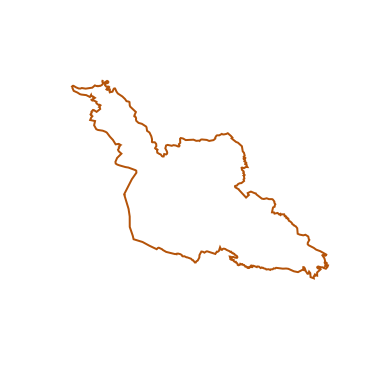 the district of Kudus, Jawa Tengah, Indonesia, rotated 117°
{"feature_id": "22746128B61967707401144", "entity_name": "Kudus", "entity_type": "district", "adm_level": 2, "iso_a3": "IDN", "parent_name": "Indonesia", "parent_adm1": "Jawa Tengah", "projection": "equal_earth", "projection_center": [110.867, -6.798], "detail": "fine", "context": "isolated", "style": "outline", "palette": "amber", "viewbox_px": 384, "rotation_deg": 117, "n_neighbors": 0, "source": "geoboundaries", "source_scale": "gbopen_adm2", "svg_char_len": 6064}
<svg xmlns="http://www.w3.org/2000/svg" viewBox="0 0 384 384"><g transform="rotate(117 192 192)"><path d="M132.7,322.4L133.9,322.2L134.5,321.9L135.0,321.3L135.4,320.9L135.6,320.3L137.8,321.0L139.4,322.2L139.5,322.9L140.5,323.8L140.5,324.6L141.0,325.3L141.1,326.9L144.3,328.2L148.2,333.7L149.4,337.4L150.5,338.4L151.2,339.9L151.4,342.8L151.2,345.8L151.6,346.5L152.3,346.7L152.3,346.3L153.5,345.9L155.6,343.3L155.4,339.2L155.7,336.3L155.4,334.8L153.7,330.2L153.7,326.1L151.3,326.0L152.2,325.2L151.9,324.0L152.2,323.5L151.9,323.5L152.2,321.3L155.5,323.3L155.8,322.3L155.1,321.2L155.0,318.0L156.0,317.8L156.4,317.2L156.9,314.3L156.2,313.9L156.3,312.9L158.4,313.3L158.3,312.7L159.7,311.5L163.9,313.4L163.6,316.6L164.0,316.7L164.0,317.5L165.5,317.9L166.4,318.0L166.7,317.4L168.8,317.6L168.9,316.8L169.4,316.8L169.7,315.2L171.6,315.6L174.1,315.4L172.8,310.6L177.0,309.5L179.5,305.8L179.4,303.9L177.9,299.4L177.6,296.2L177.8,294.7L180.0,290.2L181.5,286.1L184.2,281.7L182.4,279.1L182.5,277.0L183.6,277.7L184.3,277.1L185.3,277.6L186.0,277.0L188.0,277.1L189.0,275.7L189.9,272.3L195.7,274.2L199.9,273.9L201.3,272.9L201.5,271.0L201.2,268.7L200.0,262.6L199.1,259.8L198.2,252.1L198.4,251.3L200.1,250.3L207.9,251.4L224.2,251.4L225.2,251.0L225.4,250.8L225.2,249.5L225.5,250.8L235.8,240.9L242.1,236.4L251.4,231.6L257.9,224.9L260.6,222.6L259.0,213.4L259.2,205.5L259.0,197.5L257.4,197.0L256.7,196.3L256.6,192.6L256.9,191.8L257.1,187.8L255.0,178.8L254.4,178.1L254.4,177.4L253.8,177.4L253.2,176.5L252.7,174.2L252.8,172.6L253.5,171.6L253.5,170.9L252.7,169.6L252.7,167.2L252.4,166.7L251.9,162.5L252.6,160.6L252.3,160.1L253.5,157.4L253.1,156.7L252.0,156.7L250.4,155.8L247.1,155.7L244.8,156.7L240.8,156.6L240.3,155.2L240.4,153.4L238.4,152.2L237.9,151.2L236.6,143.1L233.9,142.8L233.7,142.0L232.3,141.3L228.5,141.9L230.2,139.7L229.9,139.0L228.7,138.7L228.0,137.9L227.7,136.5L227.9,134.7L227.7,131.6L227.9,130.9L227.6,130.3L227.9,130.2L227.7,129.7L228.1,129.0L227.7,128.2L228.2,127.5L227.9,126.2L228.5,125.5L228.6,123.1L229.4,122.0L230.3,122.1L231.0,124.1L231.1,125.7L231.7,126.6L232.4,126.9L232.1,128.0L232.4,129.0L233.6,127.9L233.4,127.4L233.6,127.1L234.4,127.2L234.5,126.4L233.6,126.1L233.7,125.5L234.2,125.0L233.7,124.0L234.6,123.5L234.8,122.3L234.3,121.3L234.9,120.9L234.8,120.1L235.3,118.9L236.2,118.2L236.2,117.4L235.7,116.8L234.9,116.6L234.6,115.8L234.0,116.1L233.9,115.2L233.4,114.4L233.8,113.7L233.4,112.4L233.9,111.6L233.8,110.4L234.2,110.3L233.8,108.8L234.4,108.1L234.1,107.1L233.6,106.5L233.4,106.5L233.3,107.4L232.9,107.1L231.5,104.1L230.9,104.2L231.0,105.2L230.7,105.9L230.5,105.7L230.1,103.9L229.8,103.7L229.5,100.1L228.7,100.0L228.1,98.5L228.6,96.3L227.6,95.6L227.7,94.9L227.3,94.4L227.4,93.0L227.0,91.5L227.3,90.6L226.1,88.8L225.9,87.0L225.4,87.0L224.2,85.0L223.0,84.6L222.5,83.3L221.4,82.7L219.1,76.3L217.4,73.3L216.7,71.3L216.4,65.2L215.3,61.2L211.4,58.4L211.0,57.9L210.8,56.8L209.5,58.3L208.4,58.7L208.2,58.1L208.7,57.0L210.8,54.8L212.4,52.0L211.9,51.2L209.8,51.5L210.6,49.8L214.0,47.7L213.6,44.3L212.6,45.0L211.7,45.1L211.3,44.6L210.8,45.0L209.6,45.0L209.9,43.5L209.7,42.5L206.9,44.0L202.5,42.3L202.0,43.2L202.8,44.6L202.8,45.5L202.2,46.3L201.1,45.8L200.5,42.9L199.7,41.2L199.9,40.1L199.6,37.9L197.2,37.3L195.6,37.5L195.7,38.3L197.6,39.7L196.7,40.1L194.2,39.6L194.0,40.4L195.0,41.4L194.8,41.7L193.0,42.1L191.0,43.9L189.2,47.1L188.8,46.9L188.4,45.7L188.3,44.4L187.5,43.8L186.8,43.9L186.5,50.8L187.0,55.2L186.5,58.2L186.5,64.0L185.9,65.3L184.5,65.8L181.4,65.7L181.0,66.5L178.9,68.2L178.6,71.5L180.1,73.2L181.1,76.8L181.2,78.9L176.5,81.8L175.5,84.0L175.5,86.3L175.1,86.5L175.0,88.2L174.3,88.9L173.7,90.8L173.6,92.7L173.0,93.2L172.5,94.6L172.1,94.3L171.7,95.3L172.3,96.1L171.2,96.9L171.5,97.3L171.2,97.9L171.4,98.3L170.8,98.5L170.6,99.5L170.1,99.8L171.3,102.3L172.4,102.6L172.3,103.3L171.6,103.6L172.4,104.3L171.8,106.2L173.8,108.7L173.0,109.7L173.8,111.5L169.4,112.7L168.8,112.7L167.6,111.7L166.3,112.2L165.1,112.2L164.2,113.7L163.1,114.3L162.0,116.6L162.0,117.4L163.4,120.1L163.7,122.6L165.6,124.8L166.2,126.7L164.9,133.6L164.3,134.5L164.6,135.5L164.9,139.7L167.7,141.9L168.7,140.9L168.9,140.0L172.4,141.3L168.7,151.3L168.4,151.5L168.2,155.5L167.6,156.2L167.0,156.3L165.8,154.9L164.2,154.6L162.7,153.6L161.6,152.0L158.5,150.6L157.3,151.8L156.3,151.4L154.6,152.8L153.3,152.8L153.5,153.4L153.1,153.3L152.1,154.1L152.0,154.7L151.3,154.6L151.0,155.2L150.2,155.3L149.5,157.6L147.9,158.8L147.5,158.5L147.1,156.5L145.2,155.3L144.6,153.9L143.6,155.4L143.0,155.7L143.0,157.3L142.4,157.4L141.9,156.6L141.2,157.0L140.9,159.2L139.7,159.1L139.3,160.7L138.8,161.2L138.4,161.3L137.9,159.9L137.5,159.9L137.0,161.9L135.6,161.6L133.4,163.6L132.8,165.2L128.6,168.3L127.2,173.4L127.4,175.5L126.6,179.5L126.2,181.1L125.2,180.7L124.4,182.7L123.4,186.8L124.7,187.8L126.3,189.8L126.8,191.2L126.7,191.8L129.1,193.4L130.1,195.4L130.8,195.8L133.0,196.0L133.8,195.5L136.0,196.4L138.7,199.9L138.9,202.5L140.7,207.1L141.4,207.9L143.0,208.4L142.9,208.8L144.5,211.5L144.7,214.4L148.6,221.2L148.4,224.2L149.0,226.5L150.0,226.8L153.5,224.8L155.4,225.4L156.5,224.1L157.4,224.3L157.8,225.4L157.9,227.5L158.7,229.8L160.0,231.0L161.1,235.1L162.3,236.2L165.2,235.6L167.2,232.8L168.1,232.0L169.2,231.6L170.3,232.1L170.8,234.0L173.2,233.4L173.7,234.2L173.7,235.0L172.7,237.0L172.9,238.2L172.7,240.8L170.7,242.1L170.0,241.9L169.8,242.5L170.1,243.9L169.7,244.8L167.3,244.6L165.4,245.8L164.6,247.7L165.7,249.9L165.6,250.4L163.1,251.6L160.8,253.6L158.3,256.9L157.9,259.8L155.0,261.9L154.5,262.7L154.0,267.6L154.7,271.0L153.9,273.9L152.8,274.9L151.6,275.3L150.9,276.2L150.8,277.3L150.4,277.1L149.9,278.1L146.2,278.3L144.0,285.8L143.1,286.8L140.3,288.5L140.2,289.4L140.8,291.6L139.6,293.8L138.5,297.4L137.9,302.8L136.8,304.9L134.7,307.5L135.0,308.3L135.8,308.6L138.7,308.4L139.4,309.1L139.5,309.8L140.5,310.4L140.1,311.0L138.1,311.7L139.5,313.9L139.4,314.8L138.1,314.6L137.1,313.3L136.1,313.4L135.9,314.1L137.0,316.2L136.4,317.9L135.9,318.2L134.9,318.3L133.1,316.5L132.0,316.4L131.6,316.8L131.6,318.1L133.9,319.4L134.9,320.7L135.0,321.1L134.5,321.8L132.7,322.4Z" fill="none" stroke="#b45309" stroke-width="2"/></g></svg>